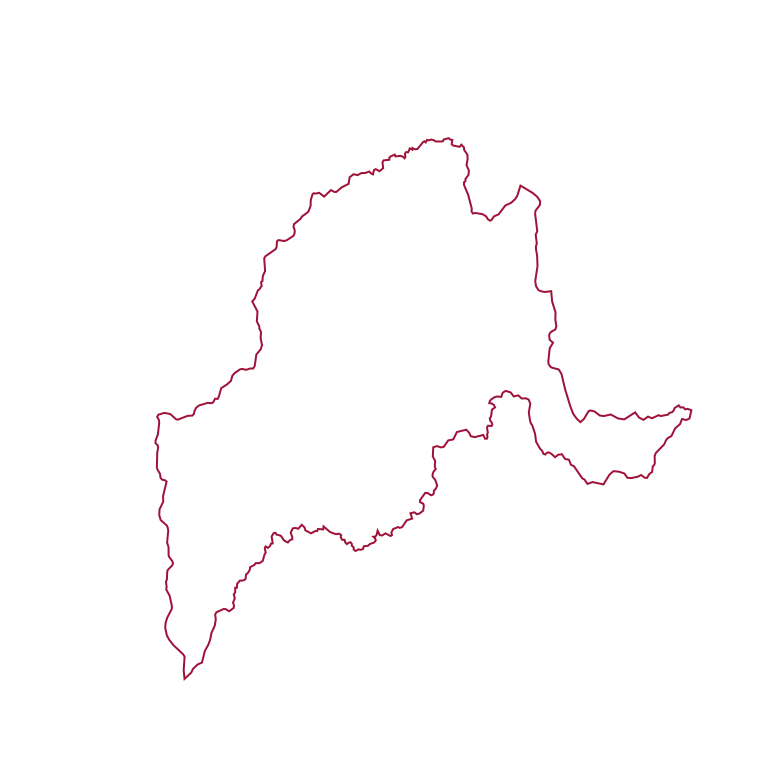 Grão Mogol, Minas Gerais, Brazil, rotated 342°
{"feature_id": "56859067B79659149842154", "entity_name": "Grão Mogol", "entity_type": "district", "adm_level": 2, "iso_a3": "BRA", "parent_name": "Brazil", "parent_adm1": "Minas Gerais", "projection": "natural_earth1", "projection_center": [-42.964, -16.475], "detail": "fine", "context": "isolated", "style": "outline", "palette": "rose", "viewbox_px": 768, "rotation_deg": 342, "n_neighbors": 0, "source": "geoboundaries", "source_scale": "gbopen_adm2", "svg_char_len": 6153}
<svg xmlns="http://www.w3.org/2000/svg" viewBox="0 0 768 768"><g transform="rotate(342 384 384)"><path d="M660.2,511.6L663.9,511.2L668.2,504.0L665.0,501.4L662.6,501.2L661.5,498.7L658.6,497.9L657.7,495.4L652.9,496.7L651.5,498.6L649.4,499.8L646.6,499.7L644.6,500.9L637.2,500.0L635.7,498.5L628.3,499.4L625.0,496.6L619.7,498.3L616.1,494.6L614.1,488.6L601.5,491.9L595.8,489.0L590.3,483.1L583.1,482.4L579.4,480.6L575.8,475.2L572.0,472.9L570.1,473.1L563.4,479.0L559.0,481.0L556.6,476.6L554.7,470.8L554.3,462.5L554.6,445.7L555.9,429.0L554.6,424.1L548.8,420.4L547.6,419.0L546.7,415.9L547.2,413.4L552.7,401.1L557.5,397.0L555.2,393.1L556.1,388.7L557.5,386.9L559.5,385.9L563.8,385.1L565.7,382.6L566.9,375.5L569.3,368.8L569.4,357.4L571.7,347.4L565.4,346.2L561.5,344.0L559.9,342.3L558.8,337.9L559.2,335.4L559.7,332.7L566.4,319.4L569.3,309.2L570.2,302.8L570.9,300.3L572.7,297.7L574.4,288.9L577.0,286.0L580.3,268.9L581.6,266.0L587.6,261.9L589.0,258.3L587.5,253.1L584.4,248.2L575.1,237.5L568.9,246.2L565.7,248.8L560.7,251.0L554.6,251.7L545.3,258.1L540.5,258.5L537.0,261.2L535.3,261.5L533.7,259.4L533.0,256.3L530.3,253.0L523.8,249.6L521.2,249.3L520.6,246.8L521.7,244.2L522.5,230.0L521.6,219.4L522.4,216.9L524.1,216.3L524.9,214.1L529.0,211.2L530.7,207.2L530.1,201.3L533.0,196.0L534.2,191.6L532.6,186.3L533.1,183.6L531.5,180.3L529.2,181.8L523.2,178.4L522.5,176.7L524.4,173.0L522.6,172.1L521.5,170.2L516.3,169.9L515.2,171.3L513.5,171.1L507.9,169.2L506.5,167.3L504.3,166.1L501.9,166.1L500.3,165.2L498.3,167.1L497.4,165.6L495.8,166.1L488.3,170.9L485.7,170.2L484.1,168.4L483.3,169.9L481.4,167.9L478.5,171.1L476.5,170.3L475.0,171.6L474.6,174.6L473.3,175.7L472.0,173.4L470.0,172.1L465.2,171.1L465.1,169.2L460.5,169.6L459.0,170.5L458.4,172.4L452.7,171.2L451.0,172.8L449.9,178.5L445.5,180.2L442.5,177.1L440.5,177.5L438.3,181.2L436.8,179.8L435.6,177.4L431.2,177.5L427.7,176.4L423.5,177.2L419.8,175.1L415.2,176.8L412.2,182.7L404.5,183.9L398.1,186.6L396.3,186.1L393.4,183.2L385.0,187.3L381.4,182.1L377.8,181.8L376.2,180.9L374.7,181.4L371.2,186.4L369.2,192.0L365.1,196.9L357.6,199.4L355.9,201.0L347.7,204.2L346.5,206.6L346.6,210.3L345.5,213.1L343.7,215.1L335.6,217.3L333.1,217.1L328.1,214.5L326.3,215.3L324.1,220.7L322.6,222.2L310.6,225.9L308.9,227.5L305.8,239.9L302.2,243.7L300.3,248.4L298.6,249.1L298.0,252.8L294.8,255.4L292.9,256.1L287.5,262.8L284.2,264.7L286.1,276.0L282.4,285.1L283.2,290.7L282.6,292.7L283.1,296.5L280.8,302.4L280.0,309.4L277.3,313.0L271.7,316.5L266.6,326.9L264.3,328.9L261.7,327.9L257.2,327.9L253.6,325.7L251.6,325.6L245.6,327.3L242.3,329.3L239.4,333.7L234.8,335.8L227.9,337.6L223.3,344.6L221.2,346.8L218.8,345.8L215.7,348.8L213.5,348.8L210.7,347.5L201.6,347.2L198.1,348.5L195.5,351.0L193.9,353.8L191.9,354.8L187.4,353.6L176.9,354.2L175.3,353.2L171.5,346.6L166.3,343.6L159.9,343.5L158.1,345.1L158.8,348.4L158.3,351.3L153.4,362.0L149.2,367.3L148.4,369.8L149.8,372.2L149.6,374.6L147.2,379.0L142.3,392.9L142.1,395.2L143.2,400.2L142.5,404.4L143.5,406.5L145.9,407.8L147.1,409.6L139.2,422.4L137.7,427.7L131.8,433.8L129.7,439.3L129.6,444.5L133.7,451.4L133.9,454.0L133.5,456.8L128.7,467.8L128.7,472.5L126.4,479.8L126.1,481.7L127.9,487.0L127.9,489.4L126.6,491.0L120.9,494.0L119.8,495.6L117.2,502.6L115.5,504.9L114.6,509.7L113.4,512.1L114.7,519.3L113.6,530.1L112.4,532.6L105.7,539.2L102.7,543.3L100.6,548.1L99.8,556.1L100.7,560.9L103.1,567.4L109.5,579.2L110.1,581.7L105.0,594.4L103.2,602.8L111.5,598.9L114.2,596.0L119.9,593.2L124.8,592.7L131.0,582.7L136.6,577.4L139.7,573.4L143.0,567.4L148.4,561.5L151.3,555.8L152.2,551.0L154.1,549.3L162.1,548.4L164.0,549.3L166.5,552.3L171.9,550.5L172.9,548.2L172.9,545.2L175.9,541.7L176.1,537.6L178.1,536.2L179.5,531.8L181.1,532.3L182.5,528.8L186.0,526.5L189.9,527.4L192.1,526.6L194.0,522.4L195.8,521.9L198.8,519.4L200.1,516.8L204.6,516.1L206.6,514.7L210.4,515.9L214.1,514.7L217.6,509.3L219.4,507.8L219.8,503.4L221.2,501.9L223.0,504.0L225.6,502.8L227.1,501.0L228.9,501.2L230.0,494.3L233.0,491.7L234.8,492.0L235.2,493.9L239.0,496.5L240.6,501.9L243.6,505.0L246.7,503.3L248.7,503.4L249.5,501.2L249.3,496.6L252.6,493.1L255.5,493.6L257.7,495.2L262.3,492.5L264.1,495.8L264.0,498.9L268.5,503.5L273.1,502.6L275.0,503.2L276.4,501.5L281.2,503.5L282.5,500.8L287.0,508.2L291.9,512.0L294.9,512.4L296.6,514.4L295.5,516.3L296.1,519.3L298.4,520.0L298.2,522.8L299.2,524.8L300.7,524.1L303.2,524.1L304.0,526.2L303.4,527.9L304.7,529.9L304.0,532.1L305.3,534.0L308.9,533.4L310.6,534.5L312.9,534.5L314.7,532.1L318.8,532.9L321.2,531.8L325.7,531.7L327.9,530.2L327.8,528.1L326.7,526.0L328.6,526.4L330.3,525.3L332.6,521.5L333.3,526.4L335.4,527.5L339.2,526.5L343.3,530.6L344.8,530.2L345.2,527.4L347.8,524.8L353.2,524.4L354.6,525.7L357.0,525.7L363.5,520.7L369.2,520.7L369.2,515.1L373.2,515.4L375.0,518.0L377.4,518.2L382.1,516.6L384.3,512.0L384.3,510.0L381.8,507.5L382.4,505.6L389.5,500.3L391.8,501.2L394.4,504.4L396.3,504.3L397.7,503.2L398.4,501.0L401.1,499.4L403.2,497.0L403.1,491.1L401.6,487.3L402.4,484.7L404.1,482.6L407.0,480.8L406.7,478.4L408.9,472.9L408.0,468.1L411.3,459.4L415.1,459.4L418.8,462.0L421.5,462.2L427.6,457.5L432.8,458.1L438.5,452.2L448.1,452.9L449.9,456.6L450.4,460.5L454.0,462.6L462.6,463.1L463.2,467.3L465.0,467.8L466.1,466.2L466.3,464.0L467.7,462.3L468.5,457.3L470.0,455.8L473.3,457.2L474.5,455.9L474.6,454.0L473.7,451.8L474.0,449.3L475.8,448.0L478.7,441.8L482.4,440.5L482.0,437.8L480.3,435.7L478.2,434.8L479.2,433.1L481.1,431.8L485.1,430.7L487.7,430.8L491.5,432.5L494.1,429.1L495.8,428.5L497.7,428.2L501.9,431.2L503.5,435.9L508.2,436.3L510.4,440.3L514.4,441.4L516.7,443.4L517.1,447.8L512.9,455.9L511.6,463.8L511.5,466.8L512.2,468.8L512.3,478.0L510.8,485.9L512.4,493.5L513.8,496.8L514.0,499.6L515.6,500.9L517.4,499.8L519.3,499.8L521.7,502.2L524.1,506.5L527.7,505.1L531.5,505.8L533.0,511.2L536.5,513.2L536.8,518.5L539.3,521.1L543.4,535.0L545.2,536.9L546.6,541.9L552.0,541.7L561.7,547.3L570.4,539.9L575.2,537.8L580.2,539.9L585.0,543.4L586.4,548.3L590.1,549.9L597.2,550.6L600.4,550.0L603.0,553.7L605.1,554.6L608.5,551.6L611.8,550.5L614.2,545.4L616.0,544.5L617.1,543.0L619.1,536.2L621.2,533.6L631.8,528.0L634.9,524.6L637.2,523.1L641.3,522.3L647.1,516.2L653.3,513.5L656.6,509.4L660.2,511.6Z" fill="none" stroke="#9f1239" stroke-width="2"/></g></svg>